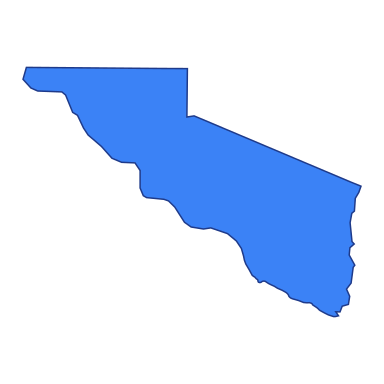 Charles Mix, South Dakota, United States of America
{"feature_id": "52423323B18286734476432", "entity_name": "Charles Mix", "entity_type": "district", "adm_level": 2, "iso_a3": "USA", "parent_name": "United States of America", "parent_adm1": "South Dakota", "projection": "orthographic", "projection_center": [-98.482, 43.168], "detail": "fine", "context": "isolated", "style": "filled", "palette": "blue", "viewbox_px": 384, "rotation_deg": 0, "n_neighbors": 0, "source": "geoboundaries", "source_scale": "gbopen_adm2", "svg_char_len": 1359}
<svg xmlns="http://www.w3.org/2000/svg" viewBox="0 0 384 384"><path d="M163.2,68.5L26.5,67.4L26.4,67.4L23.0,79.3L30.9,88.0L37.7,91.0L61.8,91.9L65.6,95.0L72.7,112.4L77.5,115.3L83.5,128.0L88.1,135.0L101.4,146.4L112.0,158.3L121.6,162.3L135.0,162.9L140.1,170.5L140.1,188.0L143.3,195.7L146.6,197.6L163.9,199.3L168.5,200.9L174.8,207.1L184.5,222.3L191.1,227.0L203.5,229.0L210.8,227.9L227.5,233.6L236.4,241.0L241.4,248.5L243.6,256.2L244.4,260.2L245.8,264.0L249.0,269.4L252.2,275.3L253.7,276.5L254.6,276.9L256.3,278.8L257.4,279.5L257.8,280.0L258.1,281.7L258.5,282.2L259.8,282.6L260.4,282.5L261.2,282.2L262.2,281.4L263.4,281.1L265.0,281.2L268.5,283.5L270.9,284.7L274.4,286.3L277.4,288.2L282.2,290.3L285.4,292.1L286.5,292.8L287.7,294.0L288.3,294.8L288.9,296.3L289.2,296.7L290.0,297.5L291.0,298.2L292.8,298.9L295.4,299.6L298.8,300.6L303.6,302.5L306.8,302.8L309.6,302.7L311.4,303.3L311.9,303.6L312.7,304.9L316.8,307.6L318.3,308.9L319.0,309.7L320.2,310.6L324.4,312.9L328.4,314.9L333.6,316.6L334.5,316.6L335.7,316.5L338.5,315.8L335.8,311.8L340.0,311.9L342.2,306.2L348.4,304.4L349.7,296.3L346.5,289.1L351.1,283.1L353.2,267.3L354.8,265.2L349.2,255.0L349.9,247.7L354.2,244.0L352.0,241.6L350.1,222.7L351.8,213.3L354.4,211.1L355.3,198.3L358.8,192.4L361.0,186.2L349.9,181.7L194.1,115.9L186.9,117.0L187.4,68.6L163.2,68.5Z" fill="#3b82f6" stroke="#1e3a8a" stroke-width="1.5"/></svg>